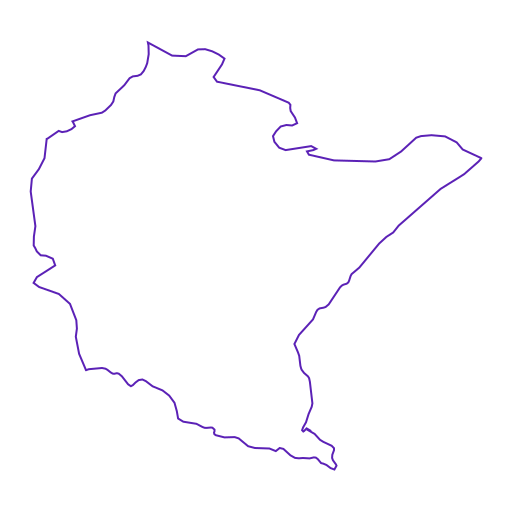 SVG path tracing the border of Subcarpathian
{"feature_id": "POL-3152", "entity_name": "Subcarpathian", "entity_type": "Voivodeship", "adm_level": 1, "iso_a3": "POL", "parent_name": "Poland", "parent_adm1": "", "projection": "robinson", "projection_center": [22.333, 49.912], "detail": "fine", "context": "isolated", "style": "outline", "palette": "violet", "viewbox_px": 512, "rotation_deg": 0, "n_neighbors": 0, "source": "natural_earth", "source_scale": "10m", "svg_char_len": 2623}
<svg xmlns="http://www.w3.org/2000/svg" viewBox="0 0 512 512"><path d="M114.1,373.8L112.7,373.6L110.8,372.5L107.4,369.8L105.5,368.7L102.0,368.0L88.8,369.2L86.0,370.2L85.9,370.1L85.7,369.4L79.1,353.8L75.8,336.7L76.9,328.6L76.3,320.2L70.0,303.9L58.9,294.0L39.1,287.0L33.6,282.9L36.9,277.1L55.2,265.4L52.8,258.7L45.9,255.7L40.7,255.3L36.8,251.4L35.3,248.2L33.7,245.5L33.9,236.5L35.4,226.2L30.7,191.5L31.9,178.6L38.9,169.1L44.5,158.2L46.7,138.9L47.4,138.7L58.7,130.9L62.1,132.1L66.8,131.3L71.5,129.1L75.0,126.2L73.2,122.5L72.5,121.4L90.1,115.2L101.9,112.7L105.3,110.5L111.0,105.0L113.3,101.5L114.3,97.0L115.6,93.4L124.3,85.2L129.6,78.2L132.8,76.4L137.6,75.8L140.9,74.4L143.7,71.0L145.8,66.9L147.2,63.2L148.7,54.2L148.5,45.6L147.9,42.5L172.1,55.6L185.8,56.2L198.0,49.4L205.2,49.2L212.2,51.3L218.7,54.5L224.5,58.6L222.0,64.4L213.6,77.0L217.0,81.7L259.8,90.3L288.7,102.7L290.4,104.8L290.2,108.0L290.7,111.1L295.0,117.6L297.1,123.2L292.1,125.5L286.4,125.0L280.7,126.5L276.1,131.3L273.0,136.1L274.4,141.8L279.2,147.7L285.6,150.1L311.2,146.1L316.2,148.8L313.3,150.1L307.0,151.4L308.9,154.7L334.0,160.4L375.4,161.5L389.3,159.2L401.1,151.5L416.2,137.7L421.0,136.1L431.5,135.2L445.1,136.4L456.7,142.4L462.7,149.5L481.2,158.1L481.3,158.2L481.2,158.5L478.6,161.5L464.2,174.1L458.9,177.5L448.9,183.7L440.6,188.9L398.7,225.6L393.2,232.5L386.5,236.8L379.2,243.5L359.3,267.6L351.6,274.1L350.6,276.0L349.1,280.7L348.3,282.4L346.7,283.7L343.4,284.7L341.8,285.6L340.0,287.4L328.7,304.4L325.6,307.0L323.5,307.7L319.6,308.4L317.5,309.8L316.2,311.9L313.0,319.4L299.0,334.9L294.4,344.0L298.0,352.4L299.2,355.8L300.4,365.8L301.1,368.4L301.6,369.7L304.0,372.9L308.0,376.4L309.1,378.2L309.9,381.9L312.4,403.4L311.7,406.8L308.6,414.0L306.0,422.3L303.1,427.4L302.1,430.2L303.3,431.5L304.1,431.0L306.6,428.4L309.5,430.1L309.2,430.2L308.5,430.4L314.6,433.9L320.0,439.8L323.4,441.9L331.7,445.8L334.0,448.2L334.0,450.2L332.3,454.8L332.1,457.9L332.9,460.2L336.0,464.5L336.2,465.0L336.5,465.7L334.4,469.5L330.6,468.1L326.5,465.0L323.2,463.6L321.1,463.1L317.7,459.0L315.8,457.6L313.8,457.4L309.6,458.4L302.9,458.0L298.9,458.3L295.0,457.9L290.4,455.3L283.4,448.9L279.7,448.0L275.8,451.1L269.4,448.5L254.9,448.0L248.1,446.2L238.7,438.4L234.7,437.1L224.5,437.4L215.8,435.2L214.4,434.2L214.0,432.7L214.5,431.2L214.5,429.6L212.4,427.7L210.9,427.5L206.5,427.9L204.6,427.8L202.5,427.0L196.4,423.8L183.3,421.7L178.1,418.5L176.8,411.1L174.5,402.8L169.2,395.6L162.5,390.4L152.6,386.3L145.8,381.1L142.4,379.5L138.7,380.1L135.5,382.5L132.9,385.1L130.9,386.2L128.1,384.3L121.9,376.3L118.8,373.7L116.9,373.2L114.1,373.8Z" fill="none" stroke="#5b21b6" stroke-width="2"/></svg>